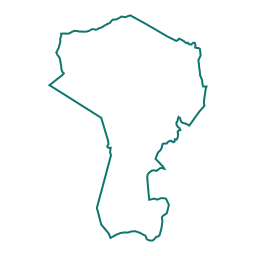 Santa Rita, Paraíba, Brazil
{"feature_id": "56859067B37269075188213", "entity_name": "Santa Rita", "entity_type": "district", "adm_level": 2, "iso_a3": "BRA", "parent_name": "Brazil", "parent_adm1": "Paraíba", "projection": "natural_earth1", "projection_center": [-34.981, -7.098], "detail": "fine", "context": "isolated", "style": "outline", "palette": "teal", "viewbox_px": 256, "rotation_deg": 0, "n_neighbors": 0, "source": "geoboundaries", "source_scale": "gbopen_adm2", "svg_char_len": 2462}
<svg xmlns="http://www.w3.org/2000/svg" viewBox="0 0 256 256"><path d="M162.2,219.7L161.9,217.3L163.2,215.6L166.6,213.5L167.5,210.6L168.0,208.5L168.9,204.8L168.1,203.2L167.2,201.2L166.0,198.8L164.5,198.3L161.8,198.1L160.1,198.5L158.6,199.1L156.9,199.6L154.8,198.7L152.9,198.9L151.1,199.3L149.2,199.7L148.2,189.2L147.3,178.5L147.4,175.6L148.2,173.6L149.9,172.0L152.2,170.4L154.5,170.4L156.6,170.8L158.4,169.6L159.6,168.4L161.5,168.0L164.3,168.7L162.9,166.5L155.5,158.8L158.1,152.4L160.6,150.0L161.7,147.7L162.1,145.8L162.8,143.8L164.9,143.5L166.7,143.5L168.3,141.6L170.9,140.7L173.2,142.3L174.6,141.6L174.9,139.3L176.6,139.6L177.7,137.5L178.1,134.4L177.6,132.0L178.5,130.5L180.3,130.1L179.6,128.2L178.0,127.1L176.6,125.1L176.4,122.6L177.6,120.9L177.8,119.1L178.6,117.0L180.0,118.1L180.6,120.0L181.3,122.0L182.9,122.9L185.7,123.7L187.5,124.5L189.2,125.6L191.9,122.0L194.7,118.0L196.0,116.1L199.3,111.6L204.5,105.7L203.9,103.9L204.0,101.2L204.5,97.2L205.3,91.7L205.7,89.1L206.5,86.5L203.2,86.5L202.5,84.3L202.1,80.1L200.1,75.3L199.8,71.3L199.3,68.2L198.9,64.0L198.6,62.3L198.4,60.3L200.6,55.5L200.2,51.4L199.8,48.8L198.4,48.0L196.9,48.0L195.1,47.5L195.5,45.0L194.7,42.8L193.1,42.8L191.2,44.6L189.0,44.2L187.9,42.7L186.2,43.1L184.4,41.6L181.8,39.9L179.0,38.7L177.6,40.4L176.1,40.8L167.4,36.5L146.2,24.1L130.3,15.4L127.8,16.2L125.3,17.2L123.3,16.9L121.5,16.5L119.8,17.7L118.1,18.5L116.5,19.4L114.9,19.5L113.0,19.6L111.5,20.8L110.3,22.6L108.7,23.5L106.9,24.2L105.6,25.1L104.0,25.8L102.4,27.0L100.8,27.8L98.9,28.2L97.4,29.3L95.6,29.7L93.8,29.2L91.7,29.3L88.8,31.0L85.9,31.7L84.0,31.7L81.7,31.6L79.1,31.5L77.0,31.0L74.6,30.8L71.8,31.9L69.7,33.2L67.8,33.7L66.0,33.6L63.9,33.5L61.1,33.7L61.2,36.0L60.2,38.8L60.3,41.9L59.5,44.6L58.7,47.9L57.5,50.2L56.3,52.5L57.4,54.9L58.8,56.6L59.8,58.3L60.3,61.3L60.7,63.3L61.2,66.2L61.4,69.3L62.2,71.7L63.8,73.3L62.5,74.9L49.5,85.2L101.2,117.8L105.0,130.4L108.0,140.5L108.5,144.1L107.2,146.3L108.3,147.8L110.7,147.8L110.2,150.6L110.2,152.9L111.0,155.2L104.4,180.0L96.8,208.1L97.8,211.2L101.2,224.5L108.6,233.3L110.5,237.9L112.3,236.9L114.2,235.9L116.0,234.8L118.3,234.0L120.4,233.0L122.7,232.7L124.8,232.4L127.9,232.6L129.8,231.9L132.0,231.4L135.0,231.2L139.7,232.7L143.3,234.7L145.4,235.7L146.7,239.0L148.2,240.0L150.6,240.6L152.6,240.5L153.9,239.6L155.1,238.2L156.5,236.7L158.1,236.6L159.5,235.2L160.1,233.4L160.6,231.4L161.3,228.9L161.7,226.6L162.1,224.0L162.4,222.0L162.2,219.7Z" fill="none" stroke="#0f766e" stroke-width="2"/></svg>